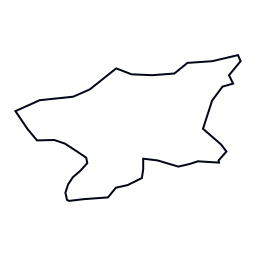 the district of Grästorp, Västra Götaland, Sweden
{"feature_id": "70781695B12491812596610", "entity_name": "Grästorp", "entity_type": "district", "adm_level": 2, "iso_a3": "SWE", "parent_name": "Sweden", "parent_adm1": "Västra Götaland", "projection": "natural_earth1", "projection_center": [12.708, 58.339], "detail": "fine", "context": "isolated", "style": "outline", "palette": "ink", "viewbox_px": 256, "rotation_deg": 0, "n_neighbors": 0, "source": "geoboundaries", "source_scale": "gbopen_adm2", "svg_char_len": 659}
<svg xmlns="http://www.w3.org/2000/svg" viewBox="0 0 256 256"><path d="M233.1,83.6L229.0,75.2L240.6,61.2L238.0,55.1L212.1,61.2L187.4,62.9L174.4,73.5L152.3,75.2L131.5,74.3L116.2,68.4L89.8,89.4L73.2,96.7L39.7,100.2L15.4,111.1L27.5,129.0L37.0,140.4L54.3,140.0L64.9,143.6L77.2,151.6L86.2,157.7L87.3,163.1L80.4,170.7L72.9,177.2L68.1,184.4L65.4,192.7L67.0,199.9L69.1,200.9L83.3,199.2L108.0,197.4L115.9,187.7L127.6,185.1L141.9,178.0L143.2,169.2L143.2,158.7L157.5,160.4L178.3,166.6L190.0,163.9L197.8,161.3L219.0,162.6L218.6,160.4L226.4,151.6L221.2,144.6L212.1,136.7L203.0,128.8L212.1,100.6L222.5,86.6L233.1,83.6Z" fill="none" stroke="#020617" stroke-width="2"/></svg>